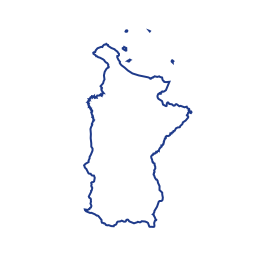 outline of Thung Tako, Chumphon, Thailand, rotated 290°
{"feature_id": "78962969B56019548429008", "entity_name": "Thung Tako", "entity_type": "district", "adm_level": 2, "iso_a3": "THA", "parent_name": "Thailand", "parent_adm1": "Chumphon", "projection": "mercator", "projection_center": [99.077, 10.099], "detail": "fine", "context": "isolated", "style": "outline", "palette": "blue", "viewbox_px": 256, "rotation_deg": 290, "n_neighbors": 0, "source": "geoboundaries", "source_scale": "gbopen_adm2", "svg_char_len": 5852}
<svg xmlns="http://www.w3.org/2000/svg" viewBox="0 0 256 256"><g transform="rotate(290 128 128)"><path d="M185.6,151.1L184.1,148.0L183.7,146.3L184.3,145.7L184.5,144.8L185.2,143.9L187.1,142.8L186.9,140.8L187.2,139.7L186.0,138.0L185.7,135.4L185.2,135.2L184.6,134.3L183.7,134.1L183.3,133.2L182.6,132.6L182.1,132.6L181.9,132.1L182.4,131.4L182.5,129.6L181.1,120.2L180.8,113.5L182.0,108.2L183.6,104.2L184.7,100.5L185.6,98.9L186.4,97.9L187.4,97.9L188.8,95.7L190.8,93.7L191.9,93.3L192.5,94.3L193.3,94.6L194.7,94.1L195.5,92.5L196.1,92.1L196.9,89.3L197.4,88.5L197.5,85.0L198.4,81.1L198.6,80.8L199.2,80.7L199.2,80.0L199.6,78.8L198.9,78.6L198.3,77.3L197.8,76.9L196.4,76.3L195.3,76.2L195.1,75.1L192.5,72.1L189.9,71.1L188.2,71.2L187.4,69.9L186.8,69.6L185.9,70.2L185.3,72.7L184.5,73.6L184.8,74.7L184.3,75.7L184.5,77.4L184.0,81.1L183.5,82.6L182.8,83.3L182.0,85.1L181.9,86.3L180.8,87.8L179.5,88.1L179.0,88.9L178.5,89.1L178.1,89.0L177.5,88.2L176.1,87.5L172.8,86.9L169.2,87.4L165.6,89.3L163.6,89.1L161.5,89.3L157.9,87.9L157.5,88.4L157.0,89.6L156.2,89.5L155.9,90.0L155.3,89.7L154.2,90.4L152.5,93.1L152.3,92.2L152.0,92.0L151.4,92.3L150.4,92.5L150.2,91.9L149.2,92.2L149.3,91.4L150.2,90.7L148.6,89.8L148.0,88.0L146.4,87.7L145.8,88.2L145.7,87.7L145.3,87.1L145.9,87.1L145.5,86.8L146.1,86.5L146.2,86.0L146.0,85.7L145.4,85.4L145.5,85.1L146.0,85.0L145.4,84.7L145.9,84.6L145.6,83.2L145.1,83.3L144.4,82.6L143.9,82.8L143.7,82.4L143.4,82.5L143.1,82.2L142.6,82.4L142.4,82.1L141.9,82.1L141.7,81.4L141.3,81.9L141.3,81.6L141.0,81.7L140.2,81.4L139.6,81.6L138.9,81.3L139.1,81.8L138.5,81.6L138.5,82.1L138.2,82.3L137.7,82.1L137.5,82.8L137.3,82.7L137.3,82.9L136.6,83.1L136.4,82.8L135.9,83.1L136.0,83.4L135.8,83.7L134.4,84.0L134.8,84.6L134.3,84.9L134.4,85.3L133.8,85.5L133.8,86.4L133.3,86.3L133.1,86.7L132.6,86.6L132.3,87.1L132.6,87.5L132.1,88.3L131.8,88.2L131.0,88.8L130.7,88.7L130.7,88.1L130.0,88.1L129.4,88.8L128.0,89.7L127.8,90.4L127.4,90.5L127.2,90.8L126.4,90.7L126.5,91.1L125.9,91.2L125.9,91.7L125.5,92.0L125.0,92.0L124.5,92.6L123.9,92.6L123.8,93.1L123.5,92.9L123.1,93.3L122.4,92.8L120.5,92.8L119.6,92.6L119.0,92.8L118.8,93.3L116.2,93.0L114.2,93.1L109.6,95.2L105.7,96.4L101.1,98.7L97.9,99.9L96.6,101.7L95.3,102.2L94.3,102.4L90.0,102.2L87.7,101.8L86.4,102.3L84.0,102.1L82.5,102.6L79.8,100.3L77.9,99.5L77.1,100.3L76.6,100.5L75.6,101.8L75.3,102.8L71.9,106.4L71.8,107.1L72.2,108.6L71.6,109.3L71.1,110.4L71.6,112.3L69.8,113.8L66.2,114.4L65.1,113.5L64.7,112.6L63.8,112.2L62.3,113.2L61.1,113.2L60.3,113.8L60.0,114.6L59.1,115.0L56.9,115.2L56.2,114.8L55.5,115.2L50.2,114.6L49.3,115.4L48.9,117.0L48.1,117.6L46.8,118.0L46.2,118.4L44.1,118.6L42.7,120.0L42.0,120.3L40.6,120.3L39.9,119.6L38.6,119.5L38.3,118.8L37.7,118.6L36.7,117.4L37.0,116.8L36.7,115.3L36.1,115.7L35.4,117.1L35.2,121.4L35.8,122.7L35.6,126.4L35.0,128.6L35.3,129.2L35.2,130.2L32.5,134.6L31.1,135.1L30.1,135.9L30.3,137.0L30.1,137.9L30.4,138.5L30.1,139.4L29.4,140.3L29.4,141.7L30.1,143.1L30.1,145.8L30.8,148.2L31.9,148.3L33.1,149.7L34.2,150.0L35.5,149.9L36.5,150.4L37.7,152.8L38.8,153.8L38.6,156.3L39.2,157.6L39.5,157.8L41.2,158.0L41.8,159.0L41.8,159.5L40.7,161.1L40.5,166.2L42.5,168.8L43.2,169.3L43.4,171.4L43.8,172.0L45.1,172.8L46.0,176.1L45.9,178.2L45.6,179.3L42.7,181.7L42.6,182.2L43.9,186.0L44.3,186.4L45.4,186.2L47.6,185.1L49.8,185.0L50.3,185.1L50.9,185.9L51.3,186.0L51.8,185.0L53.2,183.8L54.4,182.4L55.0,182.1L55.3,180.9L56.0,181.3L58.1,181.5L59.0,181.2L64.0,182.2L69.3,182.1L70.2,182.7L70.7,184.1L71.6,184.9L72.5,185.0L74.6,184.5L77.1,183.0L79.0,182.2L80.5,178.8L84.2,177.5L86.8,174.9L88.6,173.8L89.4,172.6L89.2,172.0L90.6,170.2L92.5,168.7L92.9,168.0L93.6,167.8L94.1,168.0L94.8,167.7L95.7,168.0L96.5,167.6L96.7,167.2L97.4,167.1L99.3,167.5L101.2,166.7L102.0,165.9L103.7,165.1L103.7,163.9L104.4,163.4L104.3,163.0L104.5,162.6L106.6,161.4L107.8,160.2L109.2,159.5L110.5,159.8L111.0,160.5L111.7,160.4L112.2,160.9L112.7,160.8L113.0,161.8L113.6,162.0L113.7,162.5L114.6,162.9L115.1,162.7L115.2,163.5L116.1,163.5L116.6,164.2L117.3,164.5L117.2,164.8L117.9,164.6L119.5,164.7L120.2,165.0L120.7,165.0L121.1,165.5L122.0,165.7L122.2,166.0L122.7,165.9L123.1,165.4L123.9,166.5L124.6,166.5L125.2,166.8L125.5,166.5L126.5,166.7L127.1,166.3L127.7,166.5L128.7,166.2L129.7,166.5L130.7,166.2L131.2,166.9L131.5,166.7L132.1,166.8L132.5,166.4L133.0,166.5L133.9,167.2L134.1,168.4L135.0,169.4L135.9,169.9L136.7,169.7L137.1,170.2L137.6,169.9L137.9,170.9L138.7,170.8L139.2,171.6L139.6,171.6L140.1,172.0L140.7,171.8L141.4,172.8L144.1,173.2L145.5,174.5L146.2,176.0L146.5,176.4L148.0,176.5L149.3,177.3L150.7,177.8L152.0,177.6L154.7,179.6L158.3,180.9L159.1,180.8L159.9,179.9L159.9,179.1L160.1,178.9L161.5,179.4L162.8,179.3L163.9,180.7L163.5,181.6L163.5,182.0L164.3,182.3L165.0,181.9L165.2,181.5L164.8,179.9L164.8,179.2L165.3,178.9L166.3,179.3L166.7,179.1L166.9,178.7L166.8,177.2L168.1,175.9L166.8,174.0L166.8,169.8L166.0,168.8L166.9,165.9L166.9,165.2L166.5,164.7L165.1,164.2L164.6,163.3L164.7,162.6L165.3,161.1L164.7,158.6L165.7,157.2L165.7,156.7L165.3,156.3L164.4,156.1L162.0,156.7L161.6,156.3L161.6,155.7L162.0,152.9L164.3,151.3L165.0,150.6L165.8,146.7L166.6,145.6L167.7,144.9L168.5,144.7L170.3,144.8L170.9,145.3L171.0,146.4L171.4,147.0L172.1,146.3L172.8,147.3L173.6,147.2L174.2,148.0L174.1,148.6L174.7,149.4L176.5,150.7L185.6,151.1ZM202.2,96.5L201.3,95.7L200.7,95.9L200.1,98.1L199.9,99.4L200.2,99.9L200.8,99.8L201.4,99.0L202.1,99.2L202.6,99.0L202.7,97.8L202.6,97.2L202.8,96.6L202.2,96.5ZM206.3,147.8L206.8,146.5L206.6,146.2L205.7,146.1L205.2,146.5L204.7,147.7L205.4,147.4L206.3,147.8ZM219.2,94.1L219.4,93.8L219.2,93.0L218.6,92.7L217.8,92.7L217.7,93.3L218.4,94.2L219.2,94.1ZM191.8,105.6L191.3,105.4L191.3,105.0L190.9,104.7L191.0,105.2L190.6,105.6L191.0,106.4L191.5,106.5L191.8,105.6ZM192.8,106.9L192.9,106.3L192.5,106.1L192.5,106.6L192.8,106.9ZM226.5,115.5L226.6,114.8L226.6,114.7L226.2,115.4L226.5,115.5Z" fill="none" stroke="#1e3a8a" stroke-width="2"/></g></svg>